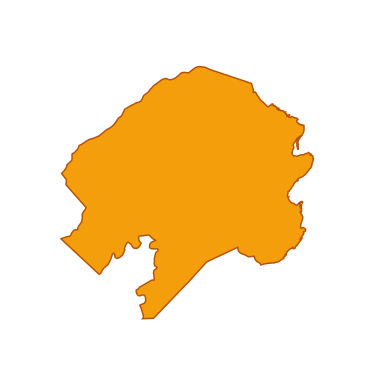 Black Bay, Laborie, Saint Lucia, rotated 226°
{"feature_id": "8701671B96951790647096", "entity_name": "Black Bay", "entity_type": "district", "adm_level": 2, "iso_a3": "LCA", "parent_name": "Saint Lucia", "parent_adm1": "Laborie", "projection": "equal_earth", "projection_center": [-60.985, 13.744], "detail": "fine", "context": "isolated", "style": "filled", "palette": "amber", "viewbox_px": 384, "rotation_deg": 226, "n_neighbors": 0, "source": "geoboundaries", "source_scale": "gbopen_adm2", "svg_char_len": 6025}
<svg xmlns="http://www.w3.org/2000/svg" viewBox="0 0 384 384"><g transform="rotate(226 192 192)"><path d="M127.9,76.6L129.8,127.9L131.5,154.1L120.5,186.4L117.5,184.5L115.3,184.3L113.2,184.8L110.6,186.2L106.2,187.6L102.5,192.2L101.4,191.4L98.9,190.4L96.3,190.5L94.1,191.3L91.6,190.9L90.5,193.4L89.1,195.3L88.5,196.3L86.8,198.3L86.4,199.0L85.3,200.4L83.9,201.8L83.6,202.9L81.7,205.8L81.1,210.3L80.4,211.7L80.5,212.0L81.4,212.3L81.2,212.8L81.5,213.8L81.1,214.7L81.1,215.5L81.5,216.1L81.9,215.2L82.2,215.6L82.4,217.6L82.9,218.9L83.0,222.1L82.7,223.5L82.2,224.6L82.3,226.2L82.1,226.3L81.5,225.5L81.0,225.4L80.4,226.2L80.1,227.2L80.5,227.4L80.8,229.3L80.6,230.1L81.1,232.2L81.6,236.2L82.2,238.8L82.6,239.4L82.9,239.5L83.0,239.3L83.0,236.9L83.1,236.6L83.5,239.9L84.1,240.4L84.0,241.4L84.0,242.6L84.2,243.0L84.9,243.6L84.9,244.3L85.9,244.6L85.8,245.3L85.1,246.4L85.5,247.2L86.4,247.9L87.1,247.7L88.8,247.6L89.2,247.3L89.9,245.6L90.3,245.3L91.0,245.4L93.5,248.3L95.7,252.6L96.9,254.3L98.1,254.6L99.1,255.1L102.0,255.7L101.7,256.7L102.0,256.9L102.4,256.4L102.7,256.5L102.1,257.5L102.3,257.9L103.1,258.1L103.8,259.2L104.2,259.5L104.8,259.7L105.1,258.8L105.9,259.5L107.0,259.2L105.8,260.1L105.6,260.4L105.7,260.7L106.4,261.9L106.8,261.9L107.4,260.7L107.7,260.6L107.8,261.3L108.5,261.4L108.8,261.7L109.0,262.5L108.8,262.8L108.1,263.6L107.4,263.6L107.5,264.2L108.1,264.7L108.5,264.7L109.1,264.2L109.5,263.3L109.8,261.0L109.5,258.8L110.5,257.8L111.7,257.4L112.9,257.4L114.5,256.2L116.5,256.0L118.7,256.2L121.2,257.2L121.2,258.1L121.3,258.5L121.6,258.6L122.3,257.6L123.5,258.1L124.1,259.8L125.4,261.2L125.5,261.7L125.1,262.5L125.5,263.7L125.5,264.9L126.4,268.6L126.5,269.9L127.1,271.0L127.4,273.0L127.3,274.8L126.6,275.8L126.6,276.3L127.0,276.5L127.6,276.2L127.7,276.7L127.5,278.7L126.3,282.2L125.9,286.2L126.3,288.4L126.3,290.2L126.9,292.2L126.7,293.9L127.7,296.3L129.2,298.3L130.7,301.3L131.7,302.5L132.3,302.4L133.0,303.3L133.4,303.3L134.1,303.9L135.0,303.8L136.1,302.7L136.3,302.7L136.3,303.7L136.5,304.0L136.8,303.9L137.2,303.4L138.8,303.5L139.5,303.3L139.5,302.5L139.7,301.6L140.4,301.0L140.6,300.2L140.9,299.8L141.0,299.0L141.6,297.9L143.3,295.8L144.9,292.3L145.6,291.6L147.9,290.2L149.4,290.2L150.5,291.1L152.4,293.7L153.2,296.1L155.1,297.1L156.1,298.2L156.5,299.7L156.5,301.0L157.4,304.0L157.4,304.9L157.5,304.9L157.1,308.0L156.9,307.7L156.9,306.2L156.3,304.8L156.0,303.5L154.4,301.4L153.4,300.7L152.7,299.8L150.0,298.1L149.3,297.8L149.0,298.1L150.0,299.2L151.9,300.5L152.1,301.4L152.6,301.8L153.2,301.7L154.7,303.3L155.1,304.1L155.8,306.5L156.3,308.5L156.5,311.0L157.6,314.0L159.2,316.1L162.2,318.8L163.3,317.9L163.4,318.1L164.8,317.2L165.0,316.6L165.6,316.8L167.5,316.1L168.8,316.1L169.8,316.2L170.4,316.6L170.8,317.6L170.7,318.1L170.4,318.5L170.7,318.8L172.2,318.6L172.9,318.3L174.3,317.2L175.0,317.2L177.0,316.1L177.7,314.2L179.0,313.7L179.4,313.6L179.5,313.8L179.4,315.7L179.7,315.8L180.2,315.6L180.0,314.0L180.5,313.1L180.9,313.9L181.2,313.8L181.9,314.1L181.9,313.8L182.3,314.2L183.3,314.1L183.4,313.8L184.5,314.9L184.8,314.2L185.2,313.7L186.3,314.3L186.9,313.7L187.9,313.5L188.6,312.4L189.2,312.1L189.5,312.0L190.2,312.5L190.6,312.2L190.8,311.1L191.1,311.3L190.9,311.8L191.1,312.1L191.7,312.2L191.9,311.9L192.2,312.5L192.5,312.2L192.7,311.0L193.0,310.8L193.9,311.8L194.6,311.8L195.5,311.2L196.0,311.4L196.3,311.0L196.6,310.9L196.8,311.3L197.2,310.5L197.8,310.5L198.7,311.1L198.9,310.8L198.9,311.2L199.3,311.2L200.0,310.1L199.7,309.3L200.2,307.9L200.2,306.6L200.4,306.0L201.4,305.6L206.5,305.6L208.9,305.3L211.4,305.3L212.8,305.5L213.8,306.0L215.7,305.9L218.7,306.9L220.1,306.9L220.4,306.7L220.8,305.4L221.1,305.1L221.7,305.5L222.6,306.9L228.8,310.2L267.2,290.2L272.7,288.0L277.5,284.0L278.4,282.5L279.0,280.9L279.5,278.2L279.9,273.1L280.2,272.4L280.5,272.0L283.5,269.5L284.9,267.5L285.1,266.8L285.2,263.0L285.5,259.8L286.1,257.3L286.6,256.2L288.4,253.7L290.3,252.7L291.3,252.4L291.9,251.9L292.5,251.2L293.4,249.3L293.7,248.4L294.9,239.9L295.1,238.3L294.8,234.5L294.9,233.3L294.5,231.5L294.3,229.8L294.5,227.4L294.9,225.7L294.9,224.6L294.8,223.8L293.5,220.8L293.1,219.1L293.1,217.9L293.6,216.0L294.8,214.0L295.7,210.7L296.7,207.8L297.9,202.7L298.1,201.2L298.0,200.5L295.8,194.4L295.7,193.6L296.3,190.3L295.0,184.9L294.7,182.8L294.8,179.3L295.0,177.6L296.0,174.4L296.9,164.2L298.5,159.9L301.2,154.4L302.0,151.3L303.1,145.0L303.9,143.3L302.6,140.8L302.2,138.5L302.0,135.3L302.1,134.4L302.6,132.7L302.5,131.9L299.1,128.7L298.4,127.6L298.2,125.9L298.5,121.4L297.1,119.0L296.6,117.4L296.0,114.3L295.9,111.1L288.1,110.2L284.8,106.4L254.4,105.0L253.5,102.6L253.4,101.3L252.7,98.5L251.9,97.1L250.2,95.8L247.2,92.0L246.3,87.3L245.5,84.8L244.4,83.9L244.5,83.0L245.6,81.9L245.9,81.9L246.3,81.1L246.4,80.4L246.4,79.0L246.0,76.8L245.1,74.7L245.1,73.5L246.9,70.5L248.4,67.2L249.1,66.2L249.3,65.2L197.2,68.0L197.0,70.2L198.1,73.2L198.5,76.3L198.2,81.5L200.1,86.9L202.7,91.7L202.4,93.1L201.6,93.2L200.5,92.8L198.4,91.3L196.4,91.8L195.4,93.8L194.9,96.6L194.9,98.6L197.2,103.7L198.1,103.7L198.6,104.6L200.2,108.3L200.6,110.4L199.7,111.5L197.9,111.5L197.0,111.8L194.1,111.2L192.7,111.1L191.2,111.7L190.0,112.9L189.7,113.4L189.3,115.2L189.6,117.0L190.3,119.6L190.5,119.8L193.2,120.0L196.2,121.6L196.8,123.0L196.5,124.0L196.3,124.4L194.8,126.0L191.4,130.8L190.7,131.2L185.7,131.3L182.5,132.2L182.5,131.9L183.8,128.9L184.1,127.4L183.8,125.6L182.2,123.4L181.6,123.0L180.4,123.0L179.8,123.2L178.0,124.6L175.5,127.4L174.8,127.7L173.7,127.4L173.3,126.4L173.5,124.4L173.3,123.3L170.1,118.5L168.4,117.0L167.0,115.2L165.1,114.1L164.3,113.9L162.2,114.6L161.8,114.4L161.7,113.8L162.0,110.6L161.8,109.8L160.5,108.0L157.4,105.9L155.1,103.8L155.1,103.2L156.1,102.5L156.7,101.4L159.7,89.0L159.9,87.8L159.6,85.6L160.2,84.0L159.7,83.0L157.0,81.6L155.1,81.4L154.2,81.7L153.7,82.2L152.5,84.6L151.6,85.6L150.7,86.0L150.2,86.0L148.8,85.4L146.9,84.0L145.5,82.5L145.3,81.7L145.2,80.5L145.4,79.6L146.2,77.5L146.8,76.5L146.7,75.8L145.7,75.3L143.7,74.7L137.3,71.4L135.4,69.7L135.1,68.9L135.1,68.5L127.9,76.6Z" fill="#f59e0b" stroke="#b45309" stroke-width="1.5"/></g></svg>